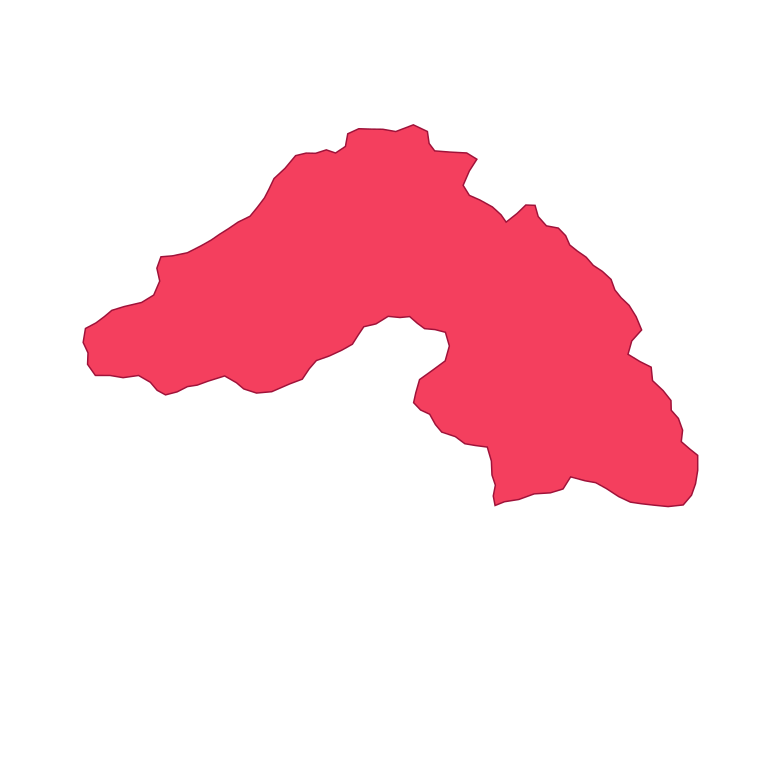 the district of Divinolândia de Minas, Minas Gerais, Brazil, rotated 63°
{"feature_id": "56859067B83999071532050", "entity_name": "Divinolândia de Minas", "entity_type": "district", "adm_level": 2, "iso_a3": "BRA", "parent_name": "Brazil", "parent_adm1": "Minas Gerais", "projection": "robinson", "projection_center": [-42.571, -18.8], "detail": "fine", "context": "isolated", "style": "filled", "palette": "rose", "viewbox_px": 768, "rotation_deg": 63, "n_neighbors": 0, "source": "geoboundaries", "source_scale": "gbopen_adm2", "svg_char_len": 2006}
<svg xmlns="http://www.w3.org/2000/svg" viewBox="0 0 768 768"><g transform="rotate(63 384 384)"><path d="M452.8,129.9L438.5,128.8L425.2,129.9L414.7,133.6L405.0,135.6L393.9,134.2L382.8,138.3L373.3,143.7L362.8,146.3L353.1,151.5L344.4,155.4L334.3,154.8L324.2,157.9L316.8,167.5L304.8,170.6L293.4,168.3L288.9,176.4L292.5,188.1L295.2,201.7L286.4,202.9L275.5,207.0L263.5,215.1L254.7,222.3L242.9,223.3L232.9,211.2L225.9,199.2L215.7,205.4L207.5,219.6L199.3,233.0L190.2,234.6L178.7,230.7L166.4,240.2L164.4,258.9L156.5,269.4L151.2,279.5L145.1,290.6L144.6,302.7L154.8,310.5L156.2,322.3L149.2,329.1L147.4,340.2L142.9,348.6L140.4,359.1L146.9,374.3L151.0,388.7L158.3,398.2L163.9,406.0L169.1,416.7L173.7,427.2L173.5,440.4L175.0,452.1L175.9,462.2L177.3,472.7L177.8,484.2L177.8,499.6L173.7,514.5L169.4,525.0L177.7,533.8L190.5,537.1L200.2,548.8L201.3,563.0L197.0,580.5L194.8,593.1L197.0,602.5L198.8,613.0L199.0,624.8L210.4,633.2L221.9,633.6L231.9,639.2L245.3,637.3L252.1,624.1L259.9,613.6L265.0,598.8L276.4,591.4L286.6,589.0L294.5,583.6L297.1,571.9L297.1,560.3L300.2,550.9L301.6,539.4L304.5,522.3L315.9,514.9L324.7,511.2L334.2,501.7L339.9,487.5L341.1,468.0L342.6,454.6L336.5,443.7L332.4,433.6L334.2,419.8L334.7,406.2L334.2,394.1L328.8,385.0L323.8,376.0L326.8,363.8L325.6,349.6L332.0,339.6L335.6,330.5L344.9,326.8L353.1,322.7L358.7,313.8L365.8,305.8L379.8,308.5L391.2,319.0L393.6,333.4L396.2,350.3L406.3,359.7L414.1,366.1L423.8,363.2L431.7,357.0L443.5,356.6L453.1,354.4L463.3,344.3L473.9,339.1L480.3,330.5L487.1,320.6L501.4,323.3L514.1,329.1L524.7,330.7L533.4,337.5L542.7,340.2L543.6,330.1L548.1,316.3L550.1,300.0L556.5,285.2L558.8,272.1L551.5,259.9L561.5,248.8L568.0,240.2L578.0,233.4L590.9,226.0L601.1,218.1L607.5,209.1L614.7,198.2L622.2,186.5L627.6,172.3L622.7,160.5L614.3,151.7L603.4,143.7L590.0,136.9L580.9,141.0L570.3,145.3L560.7,138.9L548.3,137.3L537.8,140.0L529.0,135.8L516.6,138.3L502.9,143.2L490.3,138.3L480.3,145.7L468.3,153.1L458.1,143.7L452.8,129.9Z" fill="#f43f5e" stroke="#9f1239" stroke-width="1.5"/></g></svg>